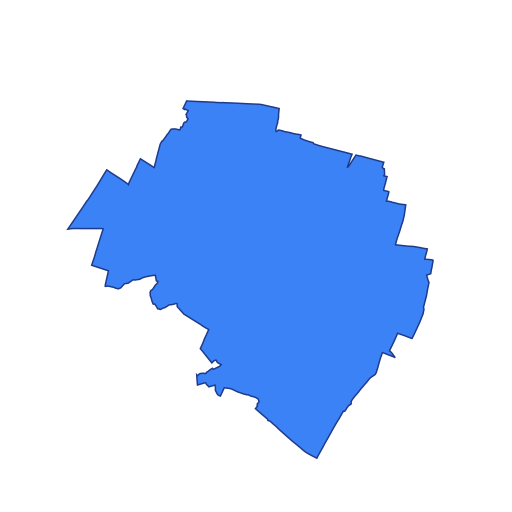 Mihail Kogalniceanu, Tulcea, Romania, rotated 30°
{"feature_id": "2599482B55110090687789", "entity_name": "Mihail Kogalniceanu", "entity_type": "district", "adm_level": 2, "iso_a3": "ROU", "parent_name": "Romania", "parent_adm1": "Tulcea", "projection": "mercator", "projection_center": [28.734, 45.026], "detail": "fine", "context": "isolated", "style": "filled", "palette": "blue", "viewbox_px": 512, "rotation_deg": 30, "n_neighbors": 0, "source": "geoboundaries", "source_scale": "gbopen_adm2", "svg_char_len": 6082}
<svg xmlns="http://www.w3.org/2000/svg" viewBox="0 0 512 512"><g transform="rotate(30 256 256)"><path d="M416.2,184.0L415.6,182.5L414.8,180.3L414.6,179.7L413.9,177.5L412.5,173.8L411.6,171.3L411.1,171.1L408.9,171.9L403.7,174.4L402.7,171.1L402.1,168.3L401.3,165.8L400.8,164.2L396.7,165.8L394.7,166.4L387.6,169.0L382.1,171.8L373.8,175.4L370.7,176.8L371.0,176.5L371.0,176.0L370.2,173.2L369.7,171.1L369.2,169.1L369.1,168.0L368.4,164.7L368.3,163.9L367.7,161.2L366.7,157.1L365.9,152.9L365.3,150.7L363.9,146.2L360.1,136.8L354.9,139.0L352.8,139.7L351.5,140.0L350.3,140.4L348.3,140.9L346.9,141.5L345.9,141.5L344.1,142.1L343.2,142.4L342.2,143.0L341.5,143.3L340.2,138.3L339.5,135.4L339.1,134.4L339.0,134.0L338.7,133.9L338.3,134.0L335.4,134.9L333.7,135.3L333.5,134.9L333.3,134.3L332.7,132.5L332.4,131.1L332.1,130.1L331.9,129.2L331.5,127.6L330.8,125.4L330.3,123.4L329.8,121.9L329.8,121.7L328.8,121.9L328.1,122.3L327.5,122.5L326.7,122.7L326.5,122.4L326.7,121.8L326.7,121.4L326.5,120.9L323.5,116.3L322.1,116.6L321.1,115.8L320.8,115.8L320.5,114.0L319.8,110.9L304.6,115.0L296.5,117.1L295.9,117.5L292.6,118.5L292.2,118.5L292.0,120.2L291.8,123.8L291.4,132.1L291.0,133.0L290.7,133.9L290.2,130.9L289.5,126.6L288.8,123.5L288.3,119.8L258.7,128.0L255.5,128.8L250.3,129.9L249.7,129.8L248.8,129.3L244.1,130.5L239.7,131.4L235.6,131.8L235.3,131.7L234.5,128.7L232.7,129.2L230.8,129.9L230.3,130.2L228.8,130.7L226.4,131.5L224.9,131.8L221.2,133.0L218.3,134.1L217.5,134.1L214.0,135.1L212.7,135.5L212.4,135.8L212.1,136.5L211.8,137.7L211.2,138.1L210.5,137.6L209.7,135.9L208.5,131.7L208.1,129.6L207.1,127.9L207.0,126.9L206.3,124.9L204.7,122.0L203.7,119.9L203.1,118.4L202.3,116.7L184.7,122.2L182.7,123.1L173.5,127.9L164.5,132.5L157.0,136.4L151.9,139.1L151.2,139.3L150.0,140.2L144.5,143.1L143.0,143.7L128.8,151.1L118.3,156.5L118.5,157.3L119.1,164.8L121.0,164.8L121.0,164.2L124.6,164.0L124.7,168.5L125.4,168.6L126.4,170.4L127.2,170.8L128.2,170.8L128.5,171.2L128.6,173.9L128.4,174.9L127.9,175.4L127.3,175.7L127.1,176.2L127.0,177.4L127.7,180.6L127.7,181.0L127.4,181.3L126.7,181.6L126.4,181.9L126.8,183.3L127.0,185.0L123.8,185.9L122.4,186.4L120.1,187.8L119.0,188.8L118.9,190.1L118.8,190.6L118.8,191.6L118.7,193.8L118.3,195.4L118.2,197.7L117.6,203.2L117.1,203.5L117.1,206.8L117.3,207.7L121.0,221.4L122.0,224.4L122.6,227.0L123.3,228.8L123.6,230.3L107.3,229.6L107.8,237.2L108.2,238.8L108.2,239.6L108.2,240.0L108.5,244.2L108.8,248.5L109.2,253.7L109.4,256.4L109.8,258.0L109.1,257.8L106.8,257.5L101.2,257.0L88.5,256.4L84.3,256.0L83.7,256.0L83.5,260.4L83.2,275.5L83.0,278.5L82.7,284.5L82.5,289.7L82.3,291.8L82.0,292.9L81.6,300.0L79.6,326.9L82.1,324.9L83.7,323.8L86.0,322.4L93.8,318.0L106.7,310.5L109.6,308.9L109.9,308.8L110.1,309.0L114.0,326.8L114.6,329.3L114.9,330.4L114.9,331.1L116.6,337.7L118.3,346.2L135.6,342.6L139.8,356.0L140.5,357.6L141.1,357.5L142.5,356.2L145.5,355.2L148.4,354.3L150.8,354.0L153.3,353.2L154.8,351.2L155.2,349.3L155.3,348.7L155.6,347.3L156.0,345.8L156.8,345.1L158.4,343.9L159.2,343.0L161.2,338.5L161.6,338.0L163.1,337.4L164.8,336.0L167.0,334.3L168.2,332.2L169.6,330.5L171.6,328.4L172.5,327.9L173.3,327.0L176.6,324.3L178.5,323.0L179.3,324.0L179.6,324.4L181.0,326.0L181.9,327.2L182.1,327.4L182.6,327.3L183.6,327.0L184.1,328.2L184.0,329.5L183.5,331.1L183.3,333.0L183.2,335.8L183.0,336.8L182.9,337.2L182.4,338.1L182.2,338.6L182.2,339.0L182.4,339.6L182.4,340.4L182.6,340.7L183.7,342.2L184.0,342.9L184.8,343.7L186.0,344.6L187.2,345.8L187.9,346.6L190.6,348.8L191.0,349.0L191.3,349.0L191.5,348.9L192.2,348.3L192.4,348.2L192.8,348.4L193.9,349.0L195.8,349.9L196.4,350.4L197.0,350.7L197.4,350.9L197.6,350.9L197.9,350.6L198.3,350.3L198.8,350.2L199.3,350.3L199.6,350.3L199.9,350.1L200.2,349.9L200.3,349.7L201.5,347.6L202.2,347.0L202.8,346.4L204.1,344.0L205.3,341.7L206.9,340.6L207.7,339.9L208.3,339.3L209.4,338.4L209.9,337.6L210.3,337.3L211.2,336.9L211.6,336.8L212.4,338.0L212.5,338.4L212.9,339.1L214.1,339.6L222.7,342.4L243.6,343.1L244.2,343.3L248.1,343.4L251.8,343.3L252.5,349.8L252.5,350.5L252.7,352.8L252.8,353.9L253.2,356.0L253.4,357.1L254.1,364.1L256.7,365.0L271.2,370.7L271.3,369.9L272.2,367.4L273.3,366.1L275.5,367.4L276.8,367.6L280.2,367.5L279.7,369.6L275.8,375.4L274.4,375.0L273.0,377.7L272.0,380.3L271.2,381.6L271.5,382.4L270.8,383.3L269.4,383.6L268.0,384.5L266.7,385.5L266.0,386.3L265.6,387.3L265.3,388.6L265.0,388.9L264.1,388.6L266.7,392.5L269.8,397.0L275.2,391.3L275.5,391.1L276.0,391.2L277.2,391.9L277.7,392.1L278.5,392.2L280.6,392.9L285.0,388.3L286.3,389.7L288.0,392.7L291.6,395.0L293.5,395.4L295.2,395.1L294.4,386.0L299.9,383.7L302.1,383.3L307.8,382.9L314.6,381.6L316.4,381.0L317.2,380.9L317.5,380.8L317.9,380.5L318.4,380.1L321.5,379.9L323.9,379.2L326.3,378.7L328.4,378.7L329.0,378.6L329.3,378.7L331.6,380.8L331.0,383.5L331.8,384.4L331.7,384.9L332.3,385.6L331.8,388.5L339.8,390.1L347.3,391.4L348.6,392.5L350.3,392.0L352.3,392.3L354.4,392.8L359.4,393.7L360.9,394.2L362.9,394.7L379.5,398.1L390.1,399.8L392.9,400.4L394.0,400.6L395.9,400.9L398.8,401.1L403.6,401.0L409.8,400.7L409.6,397.3L409.6,394.6L409.5,392.6L409.5,387.8L409.3,384.0L409.3,376.5L409.2,374.1L409.2,372.5L409.1,365.4L409.1,361.6L409.2,357.5L409.3,354.8L409.2,348.9L409.3,347.6L409.2,346.8L410.0,346.4L410.4,346.1L410.6,345.2L410.7,343.8L410.7,341.5L410.9,340.7L410.9,339.2L411.1,339.2L412.4,336.7L411.6,335.1L411.1,334.3L411.2,332.0L411.8,327.4L412.2,325.7L412.7,323.0L413.2,319.1L414.0,315.0L414.3,313.1L414.9,310.5L415.5,306.1L415.8,304.9L416.4,303.2L417.4,301.2L418.3,299.4L418.5,298.5L418.4,296.9L418.2,295.7L417.9,294.9L417.6,293.1L416.0,287.0L414.9,282.5L414.3,279.4L413.8,276.4L415.9,276.0L418.2,275.7L421.8,275.1L425.9,274.5L427.4,274.4L422.2,272.1L419.9,271.4L419.0,271.4L418.2,260.4L417.8,256.7L417.5,253.9L417.2,252.2L424.0,250.8L432.3,249.5L432.4,249.4L432.0,243.4L431.1,233.7L431.1,233.2L430.5,228.4L430.4,228.1L429.6,222.5L428.8,220.3L428.3,218.5L427.2,217.2L426.3,215.9L426.4,215.7L424.2,207.7L423.6,205.4L421.8,200.6L421.6,199.9L421.0,198.5L420.8,197.6L420.3,196.2L419.7,194.3L419.2,192.9L419.1,192.5L417.3,191.1L413.3,187.2L413.9,186.6L414.5,185.9L416.2,184.0Z" fill="#3b82f6" stroke="#1e3a8a" stroke-width="1.5"/></g></svg>